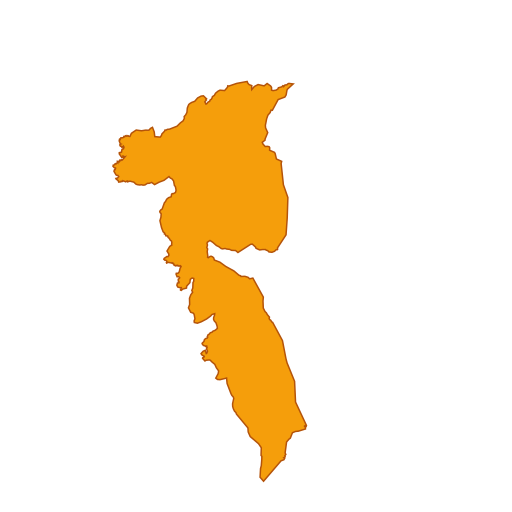 outline of Afadzato South, Volta, Ghana, rotated 320°
{"feature_id": "2480657B45105521184723", "entity_name": "Afadzato South", "entity_type": "district", "adm_level": 2, "iso_a3": "GHA", "parent_name": "Ghana", "parent_adm1": "Volta", "projection": "albers", "projection_center": [0.395, 6.876], "detail": "fine", "context": "isolated", "style": "filled", "palette": "amber", "viewbox_px": 512, "rotation_deg": 320, "n_neighbors": 0, "source": "geoboundaries", "source_scale": "gbopen_adm2", "svg_char_len": 6084}
<svg xmlns="http://www.w3.org/2000/svg" viewBox="0 0 512 512"><g transform="rotate(320 256 256)"><path d="M198.5,106.5L198.3,107.3L198.9,109.6L198.3,111.1L200.3,112.4L200.8,112.1L201.7,113.1L202.4,112.7L203.9,115.5L205.2,115.6L205.8,116.0L205.4,116.7L207.5,117.6L209.9,120.9L210.2,123.7L210.9,125.0L212.5,126.8L214.2,127.9L215.0,129.1L216.6,130.2L219.4,130.5L221.0,131.7L223.4,132.6L224.2,136.1L229.3,137.2L234.2,138.9L240.4,139.2L240.5,141.3L241.2,142.8L241.1,145.5L238.8,149.6L238.9,150.9L237.1,154.2L235.1,155.6L232.8,155.1L231.8,154.3L230.9,154.5L229.1,156.1L226.5,155.1L224.0,155.1L221.7,156.1L220.1,156.3L214.3,159.7L212.6,159.5L211.0,159.9L210.4,161.1L210.6,162.3L210.3,162.9L208.1,165.2L205.1,167.2L201.9,173.5L200.4,177.8L200.8,179.4L200.0,180.2L200.5,181.0L199.9,182.6L201.2,183.9L200.6,185.3L200.9,186.7L200.5,188.8L200.9,190.1L200.1,191.7L198.9,192.7L198.6,193.5L196.1,193.2L191.0,195.0L190.5,198.3L189.7,199.5L188.1,199.9L187.4,199.1L184.2,198.8L183.3,199.2L183.4,200.5L184.3,201.5L184.4,202.4L184.2,203.0L183.2,203.3L183.0,204.0L184.6,204.4L186.6,206.8L187.4,207.2L187.7,207.8L187.2,207.9L187.9,209.3L187.4,209.9L187.4,210.7L187.9,210.8L188.1,212.0L189.5,212.3L189.4,212.9L190.1,213.1L190.2,213.9L190.9,214.2L191.1,214.8L191.9,214.9L191.9,215.9L190.0,216.6L187.0,218.8L185.2,219.1L183.8,218.0L183.1,218.5L182.2,221.2L183.4,222.0L183.6,223.5L183.0,223.9L181.5,223.8L180.3,225.4L180.4,226.2L179.8,227.0L178.5,226.2L176.6,227.5L176.1,229.4L177.2,231.2L178.4,232.2L177.1,233.2L176.3,233.4L176.3,233.6L176.6,234.3L178.7,234.3L182.1,235.9L183.6,234.5L188.2,233.9L190.7,231.6L192.9,231.8L193.9,233.2L192.1,235.3L190.6,235.9L187.0,239.9L184.7,241.1L184.2,243.0L181.1,243.8L177.9,245.6L174.0,250.5L170.9,252.3L169.8,257.1L171.2,259.4L171.1,260.9L168.9,264.8L166.8,266.0L166.0,267.3L167.9,269.8L171.7,271.2L177.7,272.5L182.7,272.8L184.6,272.5L187.3,273.6L186.3,274.6L183.9,276.0L182.8,277.2L182.3,278.9L182.4,281.4L181.2,284.6L179.9,286.6L177.1,286.7L174.6,285.9L173.2,286.1L171.7,285.4L169.9,285.8L168.7,285.5L166.8,286.5L166.8,287.1L166.0,287.5L164.1,286.8L162.3,287.1L161.3,288.0L158.7,288.2L158.3,288.6L158.2,290.7L159.5,292.6L160.9,293.7L159.4,293.3L159.7,294.7L158.4,295.3L157.7,297.7L156.1,298.7L155.2,298.7L156.5,295.6L154.3,295.0L151.2,295.4L150.9,296.8L151.9,299.6L151.4,300.0L149.7,299.7L149.3,300.0L149.4,303.6L150.8,303.8L153.4,305.6L154.1,306.7L154.0,308.0L154.8,312.5L153.8,316.1L153.5,320.0L151.4,321.8L146.7,323.7L147.1,325.8L148.9,327.6L155.0,330.6L151.9,335.1L148.3,345.5L147.9,347.4L148.0,349.3L147.4,350.8L143.0,354.2L141.4,356.3L140.4,358.6L139.8,361.1L140.0,363.0L139.4,364.5L139.3,382.5L136.9,385.8L135.5,390.6L137.3,401.4L136.8,406.3L131.7,412.0L131.7,413.2L129.8,415.4L125.3,420.0L122.9,421.7L116.9,428.1L117.0,433.4L143.5,429.0L146.4,430.0L147.9,429.4L147.7,428.4L148.8,428.7L149.6,428.2L149.7,427.5L151.3,427.2L151.7,425.6L159.9,418.1L163.6,417.5L165.2,417.6L170.3,414.8L173.5,415.8L175.8,417.4L182.7,420.3L183.7,419.0L183.8,417.5L184.3,417.5L184.2,418.4L184.7,418.9L185.7,418.3L192.4,393.3L205.0,376.8L211.1,357.8L213.0,353.8L221.9,337.8L226.1,317.5L225.7,316.7L226.0,314.5L225.6,313.6L225.9,312.3L227.0,311.5L227.0,308.1L227.4,306.3L227.2,304.3L228.1,300.6L232.4,295.0L235.2,292.2L235.9,288.6L239.4,270.9L236.5,269.4L236.2,267.2L234.4,264.4L231.3,262.0L231.5,261.2L230.6,259.8L229.5,253.3L226.1,244.5L224.4,237.6L221.5,232.3L222.4,230.3L222.2,228.8L221.6,227.5L220.8,226.9L218.3,226.6L218.1,225.8L219.0,225.1L221.5,221.2L223.5,219.5L223.7,217.9L225.9,216.4L226.5,214.9L227.6,214.2L230.7,214.5L231.7,217.7L232.4,222.5L233.5,224.9L234.2,228.0L234.9,229.0L237.2,230.4L238.0,231.8L240.1,234.0L240.9,235.9L243.9,238.7L244.4,241.7L259.4,243.6L260.8,244.5L261.4,248.9L261.0,249.6L261.1,250.4L262.7,253.7L265.1,255.2L267.5,257.2L267.5,258.1L268.4,259.3L268.5,261.2L270.6,263.4L273.2,264.3L275.5,264.1L276.2,264.8L276.8,264.8L277.7,263.6L292.6,259.1L304.3,247.0L318.0,231.7L322.8,219.0L334.7,201.3L336.5,200.0L334.0,194.8L336.5,189.9L336.8,188.5L334.4,183.7L336.1,181.9L336.3,180.7L335.3,179.4L333.4,178.0L333.3,174.7L333.9,172.9L337.3,173.1L338.2,172.2L344.3,169.0L345.7,164.0L347.2,161.9L352.4,157.7L355.6,155.8L359.0,155.2L361.3,153.9L362.2,154.9L373.5,150.4L380.3,152.8L382.6,152.0L386.4,148.8L387.5,148.4L395.1,148.1L392.2,145.0L391.4,144.6L389.7,144.7L388.1,143.6L386.2,144.0L386.4,143.3L386.1,142.8L384.5,143.0L381.3,141.5L380.3,142.1L378.1,141.9L375.4,140.3L374.5,139.0L376.3,136.8L376.5,135.1L375.4,131.0L371.6,130.9L367.8,126.0L363.7,125.1L359.7,125.8L360.8,124.2L362.3,122.8L360.9,120.3L360.8,118.4L361.4,116.6L352.2,111.4L344.5,108.4L343.8,107.5L342.6,108.4L338.3,109.1L335.0,105.8L332.7,105.3L329.6,105.3L327.3,106.2L325.1,105.9L323.7,106.8L322.5,107.2L321.1,107.0L320.0,107.7L318.2,107.3L316.1,107.7L315.3,107.5L315.9,105.0L318.2,104.6L318.3,103.6L318.7,103.3L319.1,103.5L318.7,99.5L316.7,98.2L312.9,97.4L308.5,98.1L305.4,97.0L303.4,96.7L301.9,96.7L300.5,97.4L298.5,98.5L295.4,101.6L292.8,102.7L290.6,103.0L289.6,104.5L287.0,105.6L283.7,105.4L278.9,105.8L271.2,103.2L269.5,102.0L268.1,101.8L267.3,101.0L266.2,101.6L262.4,102.0L261.2,102.8L259.1,103.4L255.2,99.5L257.8,95.5L259.4,90.9L257.1,90.4L255.4,90.8L254.3,90.4L252.3,88.6L248.8,86.5L245.2,82.5L239.4,81.9L236.3,83.4L235.3,82.3L235.4,81.8L234.7,81.5L234.6,80.9L234.1,81.1L233.6,80.8L233.5,80.1L232.6,79.9L232.0,80.2L231.6,79.5L230.9,79.9L230.0,79.8L228.4,78.6L227.1,79.4L226.9,78.8L226.4,78.8L225.8,79.7L225.2,79.8L224.2,82.8L224.5,83.4L223.5,83.1L223.0,83.5L222.7,84.7L223.6,86.0L223.1,86.3L223.2,86.8L225.1,86.6L224.8,87.8L223.3,88.7L221.8,88.2L219.7,90.0L217.8,89.0L217.6,89.6L216.9,89.8L216.5,94.1L217.5,94.7L218.4,93.9L218.9,94.8L218.7,95.5L219.4,95.8L215.6,96.5L214.7,96.4L214.7,95.5L212.7,95.8L212.9,95.2L212.0,95.5L211.3,94.9L211.1,95.6L210.5,95.0L210.2,95.4L210.2,94.8L209.7,95.3L208.8,95.5L208.1,95.1L207.8,95.4L207.3,94.8L206.6,95.2L205.0,94.7L205.0,95.1L204.1,95.4L204.2,97.2L205.0,98.3L204.8,98.6L203.5,99.3L203.2,98.9L202.6,99.1L201.6,99.9L200.9,103.9L201.2,104.7L202.0,105.5L201.9,107.0L200.1,107.3L198.5,106.5Z" fill="#f59e0b" stroke="#b45309" stroke-width="1.5"/></g></svg>